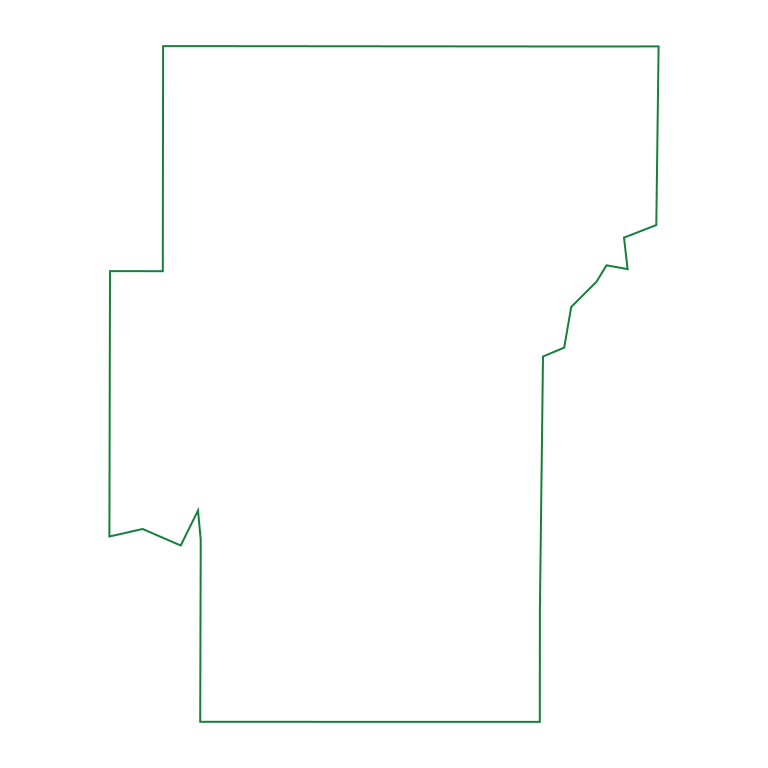 the district of Hughes, Oklahoma, United States of America
{"feature_id": "52423323B77879682345533", "entity_name": "Hughes", "entity_type": "district", "adm_level": 2, "iso_a3": "USA", "parent_name": "United States of America", "parent_adm1": "Oklahoma", "projection": "robinson", "projection_center": [-96.231, 35.029], "detail": "fine", "context": "isolated", "style": "outline", "palette": "green", "viewbox_px": 768, "rotation_deg": 0, "n_neighbors": 0, "source": "geoboundaries", "source_scale": "gbopen_adm2", "svg_char_len": 399}
<svg xmlns="http://www.w3.org/2000/svg" viewBox="0 0 768 768"><path d="M163.1,46.1L162.8,271.2L110.0,271.1L109.4,536.5L142.6,529.0L180.7,545.5L198.0,510.5L200.7,539.4L200.7,552.7L200.2,721.8L539.8,721.9L539.9,609.1L543.0,356.5L564.2,347.6L571.2,307.0L596.5,281.7L606.5,265.3L627.6,269.1L624.0,237.6L656.3,225.0L658.6,46.4L601.4,46.5L163.1,46.1Z" fill="none" stroke="#15803d" stroke-width="2"/></svg>